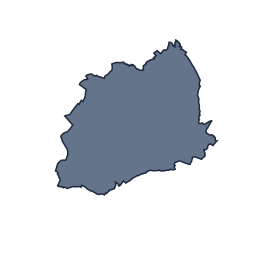 the district of Letca, Salaj, Romania, rotated 146°
{"feature_id": "2599482B91851196787653", "entity_name": "Letca", "entity_type": "district", "adm_level": 2, "iso_a3": "ROU", "parent_name": "Romania", "parent_adm1": "Salaj", "projection": "albers", "projection_center": [23.411, 47.354], "detail": "fine", "context": "isolated", "style": "filled", "palette": "slate", "viewbox_px": 256, "rotation_deg": 146, "n_neighbors": 0, "source": "geoboundaries", "source_scale": "gbopen_adm2", "svg_char_len": 5690}
<svg xmlns="http://www.w3.org/2000/svg" viewBox="0 0 256 256"><g transform="rotate(146 128 128)"><path d="M124.1,187.6L124.5,189.2L126.2,189.6L126.7,189.9L127.2,191.4L128.3,193.4L130.5,194.3L133.1,194.9L133.8,194.7L133.9,193.2L134.0,191.3L134.5,191.0L134.9,191.4L135.4,191.7L137.7,192.5L141.4,192.4L142.7,192.0L144.0,191.1L142.5,187.5L142.2,186.6L142.3,186.5L141.9,185.2L141.0,183.2L143.6,180.9L144.9,179.1L146.1,177.9L147.8,176.8L150.1,175.5L150.5,175.2L151.3,177.0L154.2,175.6L155.2,174.9L155.7,176.2L161.1,174.6L168.6,171.8L169.5,171.9L171.0,172.5L172.0,172.7L172.5,173.2L173.7,173.3L172.2,161.4L174.9,160.3L178.9,159.0L179.9,158.9L181.1,159.0L183.3,159.6L184.7,159.7L187.1,159.2L188.3,158.7L188.7,157.8L189.3,155.0L189.8,153.8L189.8,152.4L190.2,147.2L190.2,145.1L190.7,143.1L192.0,140.9L193.2,139.3L195.7,137.6L195.9,137.2L196.3,136.9L197.5,136.4L198.6,136.7L199.5,137.5L201.4,138.5L202.6,138.4L204.9,138.1L206.6,137.5L210.1,134.5L212.1,133.0L211.1,130.9L211.0,130.1L212.0,129.7L212.4,129.2L212.4,128.9L212.1,127.4L212.4,127.0L212.4,126.3L213.0,125.6L213.0,125.1L212.7,124.2L212.7,123.7L213.2,122.9L218.7,119.3L217.9,118.1L217.0,117.0L216.8,117.0L216.5,116.7L216.0,116.8L215.2,114.7L214.1,115.0L213.8,114.2L213.2,113.6L211.9,111.6L210.8,111.8L208.9,110.7L208.1,110.9L206.7,110.5L206.2,109.9L205.8,109.8L205.5,109.3L204.8,108.8L204.0,108.5L202.0,107.1L200.6,106.4L200.3,105.9L200.1,105.2L199.4,105.9L199.0,105.8L198.4,106.3L198.1,105.7L197.2,104.4L196.5,102.8L195.9,100.3L195.1,98.7L194.7,97.5L193.7,96.2L192.8,95.5L192.0,93.5L191.5,92.7L190.8,90.8L189.9,90.2L189.4,89.3L189.0,89.0L188.3,88.8L187.5,88.5L185.8,87.3L185.3,86.7L185.1,85.8L182.9,86.6L182.8,85.8L179.0,86.3L178.8,86.9L178.2,86.9L178.2,86.7L173.3,85.3L169.8,87.8L168.6,90.1L167.5,87.2L167.3,86.0L168.1,85.8L167.9,84.9L167.0,84.8L164.7,85.4L162.2,86.5L161.4,86.7L160.6,83.5L158.6,83.6L155.8,83.3L155.4,83.5L154.8,83.4L152.1,83.8L150.0,83.6L148.7,83.3L147.9,83.5L146.7,83.3L146.3,82.7L143.3,82.5L142.5,82.3L141.5,81.7L139.8,81.6L139.0,81.0L138.5,80.8L137.8,80.8L136.5,81.2L134.0,80.7L132.8,80.2L131.5,78.9L130.8,78.3L127.6,76.3L125.3,75.5L125.3,74.4L123.4,73.1L121.5,72.1L120.1,71.6L118.9,70.8L116.8,69.9L116.6,69.9L116.4,70.2L115.6,69.7L114.1,68.1L113.6,68.1L113.1,67.8L112.0,67.4L111.6,69.1L111.3,69.9L110.7,70.6L110.0,70.5L110.0,71.7L109.5,72.3L109.1,73.0L108.8,73.1L104.6,72.3L103.8,71.9L102.4,70.4L101.4,68.6L97.9,64.1L97.1,63.2L96.8,63.2L95.8,64.0L93.9,64.8L92.6,66.1L91.3,67.1L91.0,67.7L90.4,67.7L89.4,66.9L88.2,66.4L87.6,65.1L87.0,64.5L86.3,63.3L85.2,61.9L84.8,61.1L84.7,61.1L83.4,61.1L82.0,61.6L80.5,61.5L79.5,62.0L79.3,62.2L78.9,63.6L78.3,64.0L77.8,65.8L77.7,66.7L77.4,67.5L75.7,66.6L75.1,66.5L73.0,67.1L72.2,68.3L70.3,69.2L69.7,69.1L69.2,68.6L68.3,68.6L67.8,66.7L67.5,66.0L61.6,67.6L62.1,67.8L62.4,68.7L62.1,69.2L62.0,70.2L61.5,70.5L61.1,71.1L61.3,71.9L61.1,72.6L61.2,73.3L61.4,73.6L61.9,73.8L61.9,75.1L62.2,75.4L62.9,75.9L63.7,75.9L64.2,76.6L65.8,80.1L65.8,80.4L65.3,81.1L65.2,81.5L64.7,82.1L62.8,83.5L62.0,83.5L60.0,84.7L59.3,84.9L57.1,85.9L56.7,86.4L54.6,87.0L54.9,87.5L56.1,87.7L57.0,88.0L58.2,88.0L59.8,88.2L60.7,88.2L61.5,88.0L62.4,88.0L62.6,88.5L62.9,88.7L63.0,89.3L63.5,89.5L63.6,90.5L63.9,90.9L65.3,91.1L65.8,91.3L66.7,92.5L65.5,94.1L64.6,94.8L64.1,94.9L64.0,95.2L64.2,95.8L64.2,96.3L63.6,96.6L63.1,97.2L62.7,98.3L62.1,98.2L61.8,98.0L61.5,98.0L60.9,98.7L61.1,99.2L60.8,99.5L60.8,99.8L60.5,100.1L60.6,100.3L59.1,101.3L58.8,101.8L58.8,102.7L58.1,104.1L56.6,106.2L55.8,107.8L55.4,109.2L54.8,110.3L53.0,112.3L52.4,115.0L51.9,116.0L51.8,116.6L48.5,119.9L47.5,120.7L45.2,122.0L44.7,122.1L44.6,122.5L45.2,123.0L45.2,123.4L43.5,125.6L41.4,127.3L39.9,137.2L39.5,141.8L39.4,142.0L39.5,144.5L39.3,147.3L39.2,147.7L39.0,150.6L39.3,151.3L39.3,152.0L39.0,152.2L39.1,152.4L39.2,155.1L39.8,156.4L38.7,157.4L37.3,157.9L37.5,159.0L38.1,159.7L38.5,161.6L38.8,162.4L39.0,162.7L39.4,162.8L39.8,163.3L40.1,163.5L39.9,163.6L39.6,163.5L39.2,163.7L39.1,164.1L38.3,165.1L39.6,166.6L39.9,166.8L39.9,167.0L39.4,167.2L38.6,166.8L37.9,168.7L37.9,168.9L38.1,169.1L37.9,170.1L38.6,170.8L38.2,171.2L38.5,171.7L38.4,172.3L38.7,173.3L39.2,174.1L40.0,172.9L40.8,172.9L41.6,172.2L41.7,171.9L42.1,171.4L42.4,170.7L43.0,170.6L43.3,170.9L43.5,170.9L43.5,170.2L44.1,170.5L43.9,169.4L44.4,170.0L44.5,170.3L44.6,171.2L44.2,173.3L44.3,174.2L44.9,174.7L44.9,174.9L45.2,175.1L45.5,176.0L46.0,176.1L46.0,175.8L47.3,174.9L47.4,174.4L48.1,173.5L49.0,173.5L49.8,172.6L50.2,172.3L50.4,171.7L51.4,171.6L52.5,171.2L53.0,171.3L53.2,171.1L53.4,171.2L53.8,172.0L54.2,172.5L54.8,172.6L56.2,172.5L57.3,171.8L58.2,171.7L58.8,171.2L59.0,171.3L59.7,172.4L60.3,175.0L60.6,175.8L64.6,175.7L64.6,173.5L64.1,172.2L64.9,172.1L65.3,172.2L65.8,172.0L67.5,172.0L67.3,171.0L67.6,171.0L67.9,171.1L68.0,171.1L68.0,170.7L68.6,171.0L69.0,171.0L69.5,171.4L70.8,171.6L72.2,172.1L73.3,172.0L74.5,172.4L75.1,172.3L76.1,171.8L77.1,171.9L77.8,170.8L78.1,170.7L78.8,170.7L79.1,171.1L80.6,170.9L81.0,170.2L81.5,169.7L82.0,168.4L82.2,168.2L82.5,168.1L83.0,168.3L83.5,168.0L83.6,167.6L83.8,167.8L83.9,168.1L84.4,168.2L85.2,168.8L86.3,169.9L87.2,171.9L87.9,172.1L87.9,173.5L88.0,174.5L87.8,175.3L88.3,176.7L88.7,177.0L88.4,177.4L88.5,177.7L89.5,178.5L89.5,178.0L89.6,177.6L90.6,178.5L91.4,178.5L91.2,178.9L91.5,179.2L92.3,178.8L92.8,179.3L92.6,179.6L92.7,179.9L92.5,180.1L92.6,180.5L93.4,181.1L93.5,181.5L93.3,181.7L94.6,182.5L94.8,182.9L95.0,183.6L94.5,183.7L94.8,184.3L94.9,184.8L94.9,185.0L95.6,185.7L96.8,185.8L98.4,187.0L99.5,187.5L99.7,188.0L100.6,188.6L101.4,189.0L103.8,189.7L105.7,190.1L106.6,187.9L107.9,186.1L108.9,185.0L109.3,184.8L111.3,184.8L113.6,183.9L117.9,183.9L118.2,183.8L119.9,182.4L122.8,186.2L124.1,187.6Z" fill="#64748b" stroke="#1e293b" stroke-width="1.5"/></g></svg>